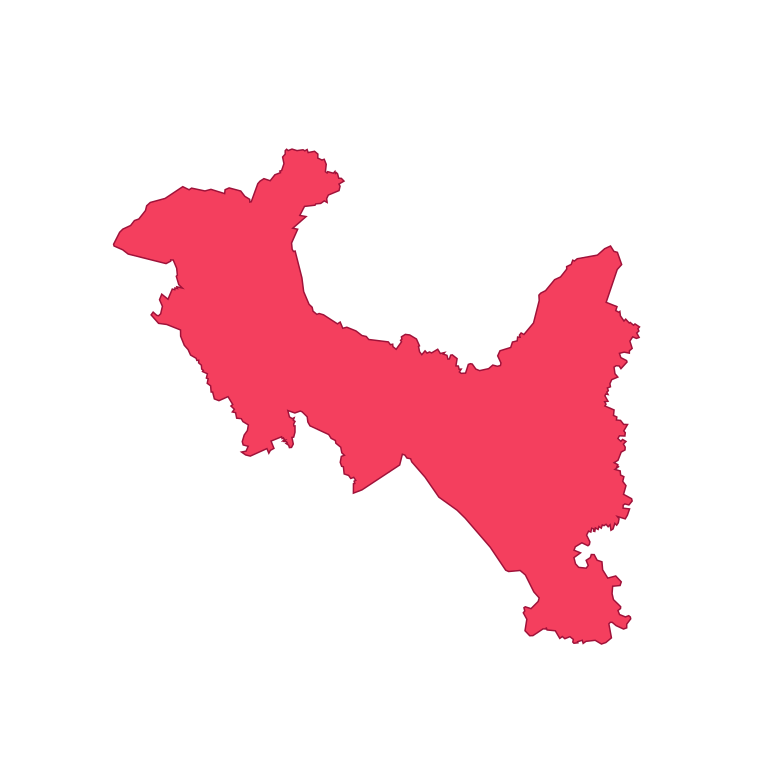 outline of San Felipe Orizatlán, Hidalgo, Mexico, rotated 104°
{"feature_id": "50627088B21617615218202", "entity_name": "San Felipe Orizatlán", "entity_type": "district", "adm_level": 2, "iso_a3": "MEX", "parent_name": "Mexico", "parent_adm1": "Hidalgo", "projection": "albers", "projection_center": [-98.581, 21.246], "detail": "fine", "context": "isolated", "style": "filled", "palette": "rose", "viewbox_px": 768, "rotation_deg": 104, "n_neighbors": 0, "source": "geoboundaries", "source_scale": "gbopen_adm2", "svg_char_len": 6163}
<svg xmlns="http://www.w3.org/2000/svg" viewBox="0 0 768 768"><g transform="rotate(104 384 384)"><path d="M415.8,563.1L416.8,557.8L421.2,557.8L421.5,555.9L426.1,555.7L427.7,551.8L433.6,549.8L433.3,548.3L439.5,545.0L440.1,540.1L434.0,532.3L440.5,525.8L442.4,527.2L444.7,523.1L447.8,524.4L447.7,521.1L452.8,518.7L452.2,514.1L454.6,511.8L456.5,505.7L462.2,505.3L467.3,507.3L474.2,507.6L477.2,505.9L477.3,500.7L482.5,501.6L484.5,505.8L486.3,501.1L486.3,496.3L475.0,482.0L479.0,479.0L475.9,478.2L473.1,475.2L466.7,479.8L460.0,470.6L461.6,469.7L460.6,468.6L461.9,467.3L463.5,468.2L462.4,466.1L463.9,466.9L463.6,464.6L464.6,463.5L465.4,464.6L466.5,461.7L468.6,460.4L467.9,458.4L464.2,457.5L458.1,460.4L457.4,458.8L452.3,458.7L446.2,460.2L446.5,461.3L444.7,462.0L441.8,461.3L441.2,463.2L438.5,463.0L439.8,464.6L438.8,467.8L433.0,470.9L433.7,463.5L430.5,458.7L430.8,456.7L434.4,450.6L439.3,448.7L442.5,445.7L446.4,425.4L449.5,422.2L450.6,417.5L453.1,416.4L455.8,410.7L461.0,408.3L462.7,405.2L464.6,407.9L470.6,407.5L474.1,405.2L474.1,403.4L480.9,400.9L481.3,396.2L483.7,393.4L481.9,390.8L484.3,388.1L485.5,389.5L487.6,388.3L488.2,389.5L497.3,387.3L492.1,379.8L458.8,349.2L447.7,349.2L447.9,346.6L450.3,343.8L450.1,340.1L452.8,338.3L464.4,321.7L480.5,303.4L488.7,282.7L494.5,272.8L516.6,241.5L535.2,220.9L535.8,217.7L532.0,206.8L535.1,200.6L549.5,188.3L554.0,181.7L557.7,181.8L566.4,187.0L566.0,193.0L567.2,194.1L570.2,192.5L572.3,193.5L577.7,188.5L589.3,187.5L593.0,181.7L592.1,178.6L583.1,170.4L582.5,167.4L581.6,167.6L581.5,167.4L583.2,166.3L582.0,158.1L588.3,151.9L585.9,149.9L587.4,146.9L584.2,142.5L586.0,138.5L588.7,138.4L589.6,137.0L588.2,133.3L587.3,133.9L584.7,129.6L587.5,128.0L584.8,125.7L581.6,117.1L583.7,110.1L581.2,106.2L575.3,101.9L562.3,107.8L560.5,106.8L560.0,105.0L562.3,100.3L563.8,92.3L561.9,89.5L558.3,90.4L552.2,87.8L550.5,88.6L549.6,90.5L551.6,93.4L550.7,99.7L547.2,102.2L544.7,100.2L542.8,100.5L537.7,109.2L532.2,112.0L524.9,113.2L522.4,106.2L518.6,105.9L514.2,112.7L518.2,119.9L511.4,126.9L503.8,129.5L503.4,134.6L498.7,138.8L499.3,141.6L502.5,141.8L506.2,145.2L510.7,141.9L513.8,143.3L514.8,150.8L512.1,154.7L506.5,157.7L500.3,152.5L499.3,159.4L495.6,159.0L490.2,153.6L491.6,147.0L490.1,145.9L487.4,146.0L481.6,150.9L477.3,149.9L477.6,147.5L473.7,147.6L473.9,145.5L476.1,145.1L476.1,143.8L472.5,144.1L473.3,141.1L470.3,141.0L471.3,138.3L468.0,138.1L468.2,136.2L466.4,134.6L468.3,132.0L465.9,130.6L471.0,128.4L469.3,126.7L463.4,126.3L464.7,124.1L462.0,123.1L457.9,123.3L456.1,125.6L456.5,117.3L452.5,116.1L445.8,115.5L446.6,122.0L443.7,122.6L442.1,121.3L442.1,117.1L437.5,114.9L435.4,116.0L433.1,124.9L424.1,124.6L420.7,128.8L415.9,128.8L415.1,132.4L411.2,133.8L411.0,139.3L407.0,136.0L408.0,138.0L405.7,137.6L404.7,141.7L401.4,138.5L392.7,137.4L389.7,134.2L386.9,134.7L384.4,137.2L381.2,135.3L380.1,139.1L382.3,140.3L380.3,143.9L377.3,143.0L376.2,137.7L372.9,138.1L371.5,140.0L364.4,137.9L365.2,141.7L362.1,145.7L362.7,149.8L359.7,150.1L359.0,153.7L353.5,154.5L351.9,164.4L349.9,163.7L347.8,165.7L346.6,162.5L342.0,166.8L340.1,166.4L340.0,164.1L338.0,165.9L336.3,164.7L333.8,166.3L331.9,163.6L329.1,164.9L324.7,164.1L320.7,158.8L318.1,162.4L312.0,164.9L310.1,163.2L309.6,160.2L311.8,157.8L303.9,153.5L302.6,154.3L301.1,160.6L297.3,163.0L295.0,158.7L294.7,153.4L292.4,153.9L289.4,151.8L282.9,155.8L278.1,154.1L278.7,150.1L277.1,147.7L273.4,151.1L270.9,149.5L268.9,151.0L266.8,149.9L265.0,155.0L266.6,156.1L264.7,160.0L265.5,160.8L262.6,165.2L264.8,166.4L260.7,171.1L256.6,172.7L257.6,173.4L256.7,176.9L252.6,176.6L251.0,188.2L216.5,185.4L210.6,182.3L199.8,189.4L199.7,193.0L195.3,197.6L199.3,202.6L207.3,208.1L215.7,226.8L218.6,229.0L218.2,230.8L222.7,231.3L225.9,235.2L228.3,234.5L237.4,238.6L241.5,243.7L254.3,249.8L258.0,254.0L260.3,255.2L265.5,253.6L288.6,253.7L302.1,260.2L301.3,263.3L303.8,264.4L305.7,263.3L306.1,265.7L309.9,265.2L312.2,269.5L317.9,269.9L323.7,279.5L329.2,280.5L335.3,275.6L337.9,275.5L339.4,278.3L339.3,283.0L343.8,286.2L347.9,294.5L347.3,298.5L343.3,303.2L343.4,305.1L344.6,306.9L353.7,307.5L355.0,311.7L354.1,313.8L350.9,312.7L351.5,314.7L348.6,316.2L349.0,318.6L341.7,319.2L339.2,324.8L339.9,326.3L343.9,326.6L344.4,328.0L341.0,329.8L340.6,333.7L338.8,332.8L340.8,336.7L337.3,340.3L342.3,345.3L341.9,347.6L343.6,349.7L341.9,352.2L346.4,354.4L344.1,357.3L339.2,359.6L338.4,358.8L332.5,363.4L330.2,370.9L330.7,375.3L334.0,378.5L336.3,377.5L337.6,378.5L338.8,377.2L347.4,380.6L345.6,384.4L343.3,385.2L344.3,387.3L342.1,390.0L344.5,409.6L342.2,412.7L342.3,417.1L339.3,424.0L337.9,433.8L339.9,437.5L334.5,441.5L336.9,443.7L331.5,459.4L331.3,464.0L332.7,466.0L330.5,470.5L326.9,472.3L324.8,476.0L313.8,484.3L300.9,489.3L276.5,502.4L277.3,503.9L275.5,505.7L269.6,507.8L254.7,505.2L254.9,510.2L240.4,500.1L240.8,506.5L230.9,504.1L227.2,494.2L225.7,493.7L224.1,489.1L220.8,486.3L221.6,483.1L218.0,484.5L214.1,483.7L207.2,474.4L202.7,474.5L200.9,476.1L196.8,471.9L194.8,475.1L195.3,477.7L191.3,479.9L190.4,481.4L191.4,482.1L189.6,483.0L191.7,484.1L191.6,490.0L193.0,490.3L192.2,492.2L184.8,493.2L180.4,496.4L181.7,498.4L180.8,502.9L176.9,503.8L175.0,507.7L177.8,513.6L175.1,515.3L176.9,517.2L176.3,519.2L178.6,524.9L178.3,530.1L180.7,533.5L179.8,535.3L181.5,536.3L184.9,535.5L188.3,537.3L194.4,534.4L201.7,535.0L202.6,536.6L204.0,535.6L207.4,540.5L214.3,543.6L213.8,550.2L217.2,553.4L220.1,554.9L239.3,556.9L239.9,558.2L237.3,559.0L235.6,564.4L231.4,569.7L231.2,581.7L233.9,585.2L237.8,584.7L237.0,599.0L240.0,604.4L240.5,618.1L242.7,620.1L241.2,627.0L256.9,641.3L264.4,654.7L268.5,657.4L273.4,657.4L283.2,661.8L285.8,665.7L291.5,668.2L296.9,674.9L300.7,677.2L313.8,680.2L315.4,679.3L317.0,670.0L319.8,663.7L319.9,624.6L316.4,620.7L315.2,621.0L314.7,618.5L321.8,613.2L328.4,610.8L329.7,611.6L337.2,607.2L339.7,602.8L339.8,608.5L341.3,607.5L341.4,610.1L343.1,609.8L343.1,612.4L354.0,614.1L350.6,621.4L356.5,622.2L362.2,617.8L369.9,617.7L372.3,619.2L372.4,621.0L370.1,625.4L373.3,626.7L379.7,617.4L378.8,609.2L380.8,594.5L386.8,592.9L394.8,587.1L398.0,582.4L402.7,578.7L404.5,572.5L406.4,571.3L405.8,569.5L408.3,569.0L409.9,565.8L413.6,564.5L414.5,562.6L415.8,563.1Z" fill="#f43f5e" stroke="#9f1239" stroke-width="1.5"/></g></svg>